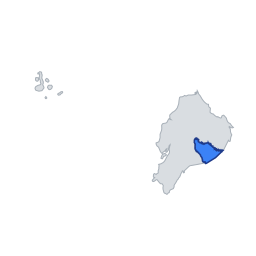 Pastaza, Pastaza, Ecuador shown in context, rotated 15°
{"feature_id": "8360857B89599541187452", "entity_name": "Pastaza", "entity_type": "district", "adm_level": 2, "iso_a3": "ECU", "parent_name": "Ecuador", "parent_adm1": "Pastaza", "projection": "equal_earth", "projection_center": [-77.325, -1.952], "detail": "fine", "context": "in_parent", "style": "filled", "palette": "blue", "viewbox_px": 256, "rotation_deg": 15, "n_neighbors": 0, "source": "geoboundaries", "source_scale": "gbopen_adm2", "svg_char_len": 7767}
<svg xmlns="http://www.w3.org/2000/svg" viewBox="0 0 256 256"><g transform="rotate(15 128 128)"><path d="M229.7,100.2L229.0,100.8L227.3,101.0L226.0,100.4L225.4,100.4L225.4,101.0L227.1,102.5L228.0,105.2L229.2,106.9L230.0,107.7L230.0,108.3L229.8,109.3L229.7,110.2L230.1,114.3L229.8,114.6L228.9,114.6L228.2,113.9L226.1,124.1L219.7,134.2L212.3,141.4L203.9,145.5L197.6,148.4L196.7,149.5L193.6,154.6L193.5,155.1L193.9,155.9L193.9,156.5L193.5,156.8L193.1,156.9L192.9,156.6L192.8,156.0L192.4,155.4L191.9,155.2L191.6,155.3L191.6,155.9L190.9,158.7L190.9,160.0L190.7,160.5L190.7,161.7L190.0,162.8L189.6,164.6L189.1,165.2L188.4,168.1L187.5,170.9L187.4,171.9L187.7,172.6L187.8,173.1L187.4,174.9L185.2,176.6L184.6,177.4L184.4,178.4L184.5,179.2L184.5,179.8L183.8,180.1L183.1,181.7L182.5,182.0L181.2,181.5L180.1,181.5L179.4,181.0L177.8,178.3L177.2,176.7L177.0,174.5L175.5,173.1L173.6,173.4L173.0,172.9L171.5,172.0L170.2,170.9L169.3,170.4L168.6,170.7L167.4,172.4L166.3,173.2L165.8,173.2L165.1,172.7L165.0,172.0L166.6,168.9L165.4,168.9L165.0,168.2L164.9,167.4L164.7,166.6L164.9,165.6L165.6,165.1L166.6,165.5L167.3,165.5L167.7,164.6L168.6,163.9L168.8,163.4L168.3,161.9L168.2,161.1L168.3,160.6L168.3,159.0L168.0,158.4L168.0,157.4L167.7,156.9L167.6,155.8L167.0,155.2L169.0,154.1L169.8,153.3L170.7,152.5L171.5,151.3L172.0,150.2L173.2,144.9L174.4,141.6L174.2,140.0L173.2,137.9L173.0,134.7L173.1,133.8L173.0,133.1L172.3,134.4L172.5,139.0L171.9,141.1L171.1,141.6L170.6,141.3L170.9,137.9L170.3,138.5L169.4,140.8L167.9,142.5L167.8,143.1L167.5,143.8L166.3,143.1L165.4,142.4L162.5,138.6L160.6,137.8L159.4,136.4L159.2,135.9L159.0,135.1L160.2,134.3L161.4,133.2L161.5,130.8L161.5,129.0L160.6,125.8L161.0,121.6L160.8,119.9L159.8,116.5L160.5,114.7L163.2,113.5L164.1,112.6L164.7,109.8L165.3,108.2L166.5,108.9L167.5,108.8L166.2,108.2L165.2,105.7L165.0,104.6L167.0,101.2L168.0,100.3L169.3,98.5L170.4,95.8L170.7,91.5L170.2,88.4L169.9,85.2L170.5,84.4L172.2,83.9L173.5,82.9L174.2,81.9L175.8,82.1L177.6,80.6L180.6,79.8L184.7,78.1L185.6,76.6L185.2,74.0L186.7,75.6L187.4,76.8L189.5,78.3L192.0,80.8L193.6,82.1L195.4,83.3L198.0,84.5L199.6,84.3L200.3,86.2L200.9,86.8L202.3,87.4L202.5,87.7L203.1,91.2L203.4,91.8L204.7,92.3L206.3,92.5L206.9,92.4L208.3,93.4L210.5,94.2L211.2,94.3L211.6,94.2L211.7,93.8L212.3,93.9L213.3,94.3L214.6,94.4L215.5,94.0L215.6,92.0L216.0,91.6L216.9,90.9L217.4,91.0L219.9,92.6L220.5,93.1L221.1,94.2L222.3,95.8L223.6,96.9L225.6,97.3L227.5,99.0L229.7,100.2ZM30.6,98.0L31.4,99.0L31.8,102.1L34.3,105.4L34.6,107.2L34.4,108.0L34.5,108.4L35.7,109.6L36.5,111.0L35.2,114.2L32.4,115.5L29.4,115.4L28.8,115.1L28.0,113.9L27.9,112.8L28.3,111.8L29.9,110.2L32.2,108.8L32.5,107.8L31.6,106.7L30.9,104.6L29.4,103.2L28.7,98.8L28.2,98.5L27.2,99.2L26.7,98.6L26.6,98.3L27.7,97.3L27.9,96.6L29.5,96.3L30.2,96.8L30.6,98.0ZM42.3,111.3L41.6,111.3L39.7,109.7L39.8,108.1L40.6,107.1L43.1,106.5L44.2,107.5L44.1,109.4L43.2,110.8L42.5,111.1L42.3,111.3ZM169.4,148.2L169.1,148.9L167.9,148.8L167.6,148.6L167.9,145.5L168.2,144.6L169.2,143.6L170.0,143.1L171.0,143.2L172.1,144.1L170.8,145.7L169.8,146.1L169.4,148.2ZM28.7,106.1L27.5,106.4L26.4,105.8L26.0,104.9L25.9,103.6L26.0,103.1L28.3,102.7L29.0,103.8L29.0,105.4L28.7,106.1ZM53.7,113.7L52.2,114.3L51.4,113.7L51.3,113.3L52.2,112.2L52.9,111.7L53.7,110.5L55.0,109.8L55.3,109.9L55.6,110.2L55.7,110.6L55.2,111.6L54.5,112.2L53.7,113.7ZM39.3,104.0L38.7,104.5L36.4,103.9L35.7,102.9L36.2,101.6L36.7,101.1L38.2,101.6L39.6,103.0L39.3,104.0ZM41.2,120.9L40.7,120.9L40.0,120.2L40.5,118.9L41.5,119.5L41.8,120.1L41.2,120.9ZM184.6,77.4L183.9,77.5L183.5,76.7L184.4,75.7L184.7,75.6L184.6,77.4Z" fill="#d9dde1" stroke="#a8b0b8" stroke-width="1"/><path d="M198.3,120.6L198.2,121.0L197.7,121.1L197.4,121.3L197.2,121.3L197.2,121.2L196.7,121.0L196.6,120.7L196.4,120.6L196.5,120.4L196.3,120.1L196.2,120.2L196.3,120.2L196.2,120.3L195.9,120.5L195.9,120.8L195.9,121.0L195.9,121.3L195.7,121.5L195.6,121.8L195.5,121.7L195.3,122.0L195.2,122.4L195.2,122.6L195.3,122.8L195.4,123.1L195.5,123.3L195.5,123.5L195.7,124.7L196.0,124.9L196.3,125.4L196.5,125.6L196.6,125.8L196.9,125.9L196.9,126.0L197.0,126.5L197.3,126.7L197.4,127.0L197.3,127.9L197.4,128.0L197.5,127.8L197.5,128.1L197.5,128.3L197.6,128.5L197.6,128.8L197.8,129.2L197.7,129.2L197.7,129.3L197.9,129.4L198.0,129.8L198.0,130.4L198.1,130.6L198.3,130.8L198.4,131.1L198.7,131.5L199.2,131.6L199.3,132.0L199.4,132.3L199.7,132.4L200.0,132.8L200.3,132.6L200.7,132.6L200.8,132.8L201.0,132.8L201.1,133.2L201.4,133.1L201.7,133.2L201.8,133.3L202.0,133.3L202.1,133.5L202.3,133.7L202.5,133.7L202.6,133.9L202.9,133.9L203.5,134.4L204.0,134.6L204.7,135.2L204.9,135.2L205.0,135.6L205.5,136.3L205.9,136.5L206.3,137.0L206.8,137.2L207.2,137.7L207.3,138.1L207.7,138.6L208.0,139.5L208.3,139.6L208.4,140.5L208.5,140.6L209.0,141.2L209.3,141.3L209.5,141.3L209.6,141.2L209.8,141.4L210.3,141.3L210.4,141.1L210.6,141.0L210.7,141.4L210.9,141.5L211.1,141.2L211.4,141.4L211.6,141.2L211.8,141.8L212.2,142.2L212.9,141.8L220.2,134.0L225.6,125.0L225.4,125.0L225.1,125.0L224.8,124.9L224.6,125.0L224.6,125.4L224.3,125.5L224.2,125.5L224.1,125.9L223.9,125.7L223.9,125.8L224.0,126.0L223.8,125.9L223.7,126.1L223.7,125.9L223.6,126.0L223.4,126.2L223.2,126.0L223.1,125.8L223.2,125.7L223.3,125.6L223.2,125.5L223.2,125.4L223.1,125.7L222.9,125.6L222.9,125.9L222.8,126.0L222.7,126.0L222.8,125.8L222.7,125.9L222.6,126.0L222.4,126.3L222.2,126.4L221.9,126.4L221.8,126.5L221.7,126.5L221.7,126.2L221.6,126.3L221.6,126.2L221.4,126.1L221.2,126.1L221.3,126.0L221.2,125.8L221.3,125.7L221.2,125.5L221.0,125.3L220.7,125.3L220.6,125.5L220.3,125.6L220.2,126.0L220.1,125.9L220.0,126.1L220.0,125.9L219.9,126.0L219.7,125.9L219.7,126.0L219.5,125.9L219.4,126.0L219.0,126.1L219.1,126.3L219.4,126.8L219.3,127.0L219.1,126.9L219.2,126.7L218.8,126.6L218.9,126.2L218.7,126.2L218.4,126.0L218.4,125.9L218.6,125.8L218.5,125.7L218.4,125.4L218.4,125.6L218.2,125.5L218.3,125.7L218.3,125.8L218.2,125.9L218.0,125.7L217.8,125.8L217.9,125.6L217.7,125.7L217.3,125.7L217.2,125.6L217.2,125.4L217.2,125.0L216.9,125.2L216.9,124.7L216.8,124.9L216.7,125.0L216.5,124.9L216.5,124.6L216.4,124.8L216.3,124.7L216.2,124.8L215.9,124.9L215.8,124.7L215.7,124.6L215.4,124.5L215.2,124.7L215.3,124.5L215.2,124.5L214.9,124.5L214.9,124.4L214.8,124.2L214.7,124.2L214.6,124.4L214.6,124.2L214.5,124.3L214.4,124.2L214.1,124.0L214.0,123.7L213.9,123.6L213.7,123.7L213.6,123.4L213.4,123.4L213.3,123.5L213.4,123.8L213.3,123.6L213.2,123.6L213.0,123.3L212.9,123.4L212.6,123.2L212.3,123.1L212.3,122.8L212.2,122.9L212.1,122.7L212.0,122.8L211.9,122.8L211.9,122.6L211.7,122.4L211.7,122.6L211.5,122.4L211.4,122.6L211.4,122.4L211.2,122.6L211.1,122.4L211.0,122.5L210.9,122.4L210.9,122.2L210.8,122.5L210.7,122.5L210.7,122.4L210.8,122.4L210.6,122.3L210.5,122.2L210.5,122.3L210.2,122.3L210.1,122.1L209.7,122.0L209.5,121.7L209.3,121.7L209.1,121.4L209.1,121.6L208.9,121.6L209.0,121.6L208.9,121.7L209.0,121.8L208.9,121.8L208.5,121.9L208.4,121.9L208.2,122.1L207.9,122.2L207.9,122.3L207.9,122.1L207.7,122.1L207.4,122.4L207.4,122.5L207.1,122.5L206.9,122.5L206.7,122.7L206.6,122.8L206.4,122.8L206.3,123.2L206.2,123.1L205.9,123.1L205.9,123.3L205.6,123.3L205.6,123.1L205.4,123.2L205.2,123.3L205.0,123.5L204.9,123.5L205.0,123.6L204.9,123.6L204.7,123.8L204.6,123.7L204.6,123.8L204.3,123.6L204.2,123.5L204.0,123.8L203.9,123.7L203.8,123.8L203.7,123.6L203.4,123.5L203.2,123.6L203.2,123.4L203.1,123.5L203.0,123.4L202.9,123.3L202.8,123.5L202.7,123.4L202.7,123.5L202.6,123.2L202.4,123.5L202.1,123.6L201.8,123.4L201.6,123.5L201.6,123.3L201.4,123.3L201.2,123.4L200.8,123.2L200.7,123.2L200.4,123.2L200.2,123.1L199.9,123.0L199.8,122.9L199.6,123.1L199.4,123.0L199.4,122.8L199.4,122.7L199.5,122.4L199.5,122.1L199.3,121.8L199.3,121.6L199.2,121.3L199.2,120.9L198.9,120.9L198.8,121.2L198.7,121.3L198.5,120.9L198.4,120.9L198.4,120.7L198.3,120.6Z" fill="#3b82f6" stroke="#1e3a8a" stroke-width="1.5"/></g></svg>